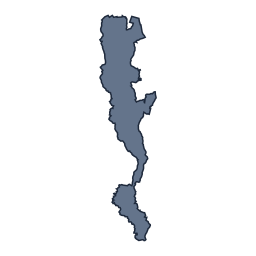 Pianu, Alba, Romania (orthographic projection)
{"feature_id": "2599482B69882929473118", "entity_name": "Pianu", "entity_type": "district", "adm_level": 2, "iso_a3": "ROU", "parent_name": "Romania", "parent_adm1": "Alba", "projection": "orthographic", "projection_center": [23.499, 45.822], "detail": "fine", "context": "isolated", "style": "filled", "palette": "slate", "viewbox_px": 256, "rotation_deg": 0, "n_neighbors": 0, "source": "geoboundaries", "source_scale": "gbopen_adm2", "svg_char_len": 5903}
<svg xmlns="http://www.w3.org/2000/svg" viewBox="0 0 256 256"><path d="M140.2,69.7L138.3,70.2L137.5,68.4L136.1,68.7L133.6,66.9L131.2,65.8L130.7,64.8L130.4,63.1L130.5,61.7L131.1,60.7L130.7,59.7L131.1,58.6L133.6,55.0L134.1,52.0L134.9,50.5L135.0,47.4L134.3,46.0L134.3,44.5L133.7,43.0L134.3,42.3L135.4,42.0L136.7,42.4L136.1,41.2L137.2,40.3L138.7,40.1L140.2,39.0L142.6,38.4L145.2,37.3L144.2,35.5L143.0,34.2L142.1,32.0L140.9,24.9L140.4,24.9L139.3,21.2L138.9,18.4L131.8,16.4L129.7,22.2L133.3,23.3L132.5,26.0L131.6,26.9L130.8,28.6L128.9,29.0L127.6,29.7L126.5,29.8L126.3,28.6L126.9,27.2L126.5,25.3L126.9,23.7L126.7,23.5L127.0,23.1L126.7,22.2L126.9,19.2L126.3,18.1L126.1,18.4L125.8,18.1L125.7,17.2L125.0,16.7L124.5,16.9L123.1,16.4L122.3,15.7L122.0,17.0L117.1,17.3L117.0,16.6L113.7,17.3L112.3,15.4L109.4,17.3L108.1,15.4L104.9,16.8L101.7,20.0L102.2,20.5L102.2,21.9L101.6,22.9L101.7,25.9L100.7,28.6L100.7,30.0L100.9,30.4L101.1,31.7L101.4,31.8L102.9,34.0L103.1,35.4L102.8,36.3L101.9,37.1L101.5,38.3L99.9,39.7L100.8,41.3L102.1,41.4L101.1,43.4L102.7,46.8L102.5,47.4L103.0,49.2L104.0,51.7L104.2,52.9L104.7,53.9L104.9,58.3L105.4,60.2L105.6,62.3L105.3,63.7L104.8,64.4L102.3,65.0L101.3,66.5L100.4,67.1L100.4,67.5L102.8,70.2L102.8,70.6L101.8,71.3L101.8,71.8L102.4,72.6L102.4,73.9L100.7,75.9L100.1,77.2L100.1,78.0L101.4,80.5L101.4,82.1L102.8,84.8L103.0,86.6L105.9,89.1L106.0,90.1L107.1,91.1L108.0,91.0L108.5,92.2L110.1,92.5L110.6,93.0L110.5,93.7L110.9,94.3L111.2,95.4L111.2,97.3L112.0,98.7L111.0,99.1L110.7,100.8L109.6,101.5L110.2,102.3L110.2,103.0L111.4,104.5L111.7,105.3L113.6,105.9L112.7,107.7L112.8,108.3L112.1,108.1L111.0,108.6L110.0,109.8L110.4,110.7L109.7,112.0L109.9,114.4L109.5,114.9L111.0,115.8L109.6,117.2L109.3,118.1L109.5,118.4L109.0,118.8L108.9,119.2L110.2,120.7L111.9,121.6L112.6,122.9L113.5,123.3L114.9,123.2L114.9,123.8L115.4,124.6L115.0,125.8L115.1,127.8L114.9,128.9L115.9,130.8L117.6,132.9L117.4,133.8L117.7,134.5L117.5,135.2L117.4,136.9L118.0,137.7L117.9,138.9L120.8,141.1L122.5,140.9L123.0,141.2L124.7,143.5L124.8,144.9L125.1,146.0L125.9,147.4L126.5,148.9L128.0,151.1L128.6,151.4L129.2,151.0L129.8,151.1L130.0,151.8L131.8,153.3L131.9,154.2L132.8,155.2L133.5,155.3L134.0,156.1L136.0,157.1L136.6,158.0L137.2,158.5L137.3,159.6L137.9,159.8L137.4,160.3L137.8,161.2L138.2,163.9L137.4,165.7L137.2,168.3L136.6,169.7L133.9,172.2L133.8,174.6L132.9,176.6L132.7,178.2L133.0,179.9L132.3,183.1L132.4,183.8L131.8,185.7L130.1,184.8L129.7,184.3L128.5,184.6L127.5,185.7L123.0,185.1L121.8,184.6L120.3,185.1L119.5,184.8L118.9,185.2L118.9,185.8L119.4,186.9L117.9,187.9L117.5,188.6L116.6,188.9L117.2,189.3L117.4,191.4L116.3,191.8L116.6,192.5L115.9,193.8L114.6,193.3L113.7,193.6L113.8,193.9L115.5,194.7L115.6,195.7L113.5,196.3L113.8,197.5L112.4,198.8L112.8,199.5L113.7,200.0L112.8,200.3L112.7,200.7L113.0,201.3L112.1,202.1L112.6,202.4L113.0,203.5L113.8,203.5L114.4,202.9L114.8,204.1L115.2,204.6L115.8,204.8L115.8,205.5L117.6,205.7L118.2,206.1L118.8,207.5L120.1,207.6L120.7,209.1L120.2,210.4L119.1,211.7L119.1,212.3L120.1,213.2L119.9,214.1L120.1,214.5L121.7,215.3L124.6,215.7L125.1,216.7L127.2,216.7L127.6,217.1L127.5,218.1L128.4,218.8L128.8,219.6L128.5,220.8L129.0,222.0L130.8,221.8L131.7,222.7L131.7,223.7L132.2,224.3L133.4,224.1L134.4,225.4L134.6,226.2L134.3,227.6L135.1,228.8L134.6,229.8L134.8,230.6L134.4,231.7L134.0,232.0L133.9,232.9L134.4,232.8L135.6,233.6L136.8,233.2L137.0,233.3L137.2,234.6L137.0,234.9L135.9,234.9L135.2,235.6L135.0,237.2L135.6,237.9L135.5,238.3L136.8,239.3L137.7,239.6L138.4,240.4L139.5,240.4L142.3,239.7L143.4,239.9L144.1,240.6L144.9,240.5L145.9,239.6L144.9,236.9L145.1,235.3L145.6,234.4L145.8,233.6L146.5,232.9L147.9,229.4L147.9,228.9L149.6,227.2L149.7,226.5L150.3,225.7L150.2,224.6L149.0,223.7L148.3,222.5L148.2,221.7L146.0,220.3L146.8,217.3L145.2,217.4L144.5,217.0L145.6,215.4L144.6,212.7L143.8,212.7L140.2,211.3L139.9,210.8L140.0,210.4L139.4,210.5L138.4,209.8L137.2,208.5L137.8,207.3L137.1,204.2L136.4,203.4L134.7,203.4L135.1,202.9L135.1,202.1L136.1,201.4L135.2,200.3L135.1,199.4L135.5,198.1L134.3,196.5L134.4,196.0L134.8,195.7L134.8,194.7L135.6,194.1L135.4,192.2L135.8,191.6L135.1,190.8L134.7,189.3L134.2,188.8L133.9,186.5L135.1,185.2L135.6,184.0L135.0,183.5L135.1,183.2L136.2,181.9L136.7,181.7L138.9,182.2L139.7,181.8L139.8,180.9L140.3,180.1L140.1,179.2L141.5,176.7L142.2,174.3L142.3,173.7L142.0,173.0L143.3,169.6L143.6,168.1L143.5,165.3L143.7,164.4L144.6,163.3L145.0,163.3L145.7,162.5L146.7,159.9L147.5,159.1L147.7,158.5L147.2,156.8L145.4,155.3L145.2,154.5L145.7,153.7L146.0,152.4L145.9,151.7L144.1,148.7L143.3,145.2L143.3,144.4L142.5,143.5L142.9,142.0L142.9,140.4L142.5,139.0L142.7,137.5L142.3,136.6L141.8,136.1L141.4,134.2L140.2,132.3L140.1,131.7L138.9,130.9L138.7,129.8L138.4,129.2L138.4,126.3L138.2,125.9L139.3,122.4L140.6,120.0L140.9,119.1L141.3,118.4L142.7,117.5L142.7,116.9L143.4,116.1L143.5,113.7L143.9,112.2L146.3,113.9L147.2,114.1L147.8,113.8L149.2,114.3L150.6,108.8L150.0,108.8L149.7,108.3L150.1,107.6L149.9,107.2L150.2,107.0L150.2,106.7L151.0,106.6L151.2,105.7L152.5,105.2L152.6,104.0L153.2,102.8L154.7,100.4L155.0,99.4L155.9,98.3L156.1,97.6L155.4,94.6L155.2,91.8L154.6,91.8L153.4,92.4L152.9,93.4L152.2,93.8L151.1,93.5L149.5,94.3L146.8,94.2L146.0,94.6L145.6,95.9L146.1,96.9L145.2,98.2L144.6,102.7L144.4,102.6L144.1,101.6L144.7,99.5L142.9,99.7L142.1,100.3L140.0,100.4L138.0,101.4L137.2,101.3L136.5,102.0L136.1,101.7L135.1,99.7L136.1,99.0L136.2,98.1L135.2,96.2L135.2,93.2L134.4,91.5L134.3,90.2L133.3,88.8L132.2,88.0L131.5,86.5L131.1,86.2L131.5,86.1L131.8,85.4L130.7,82.9L131.2,82.3L132.4,81.9L135.8,82.6L136.8,82.0L137.1,81.4L138.5,80.3L140.2,80.4L141.0,80.1L140.7,79.5L140.8,79.1L139.3,79.6L139.4,79.4L139.3,78.9L139.7,78.6L140.7,78.8L140.5,78.3L139.4,78.5L139.1,79.3L139.1,78.7L138.9,78.8L138.7,79.5L139.0,79.8L138.8,80.1L138.4,78.9L138.7,77.4L139.4,76.5L139.4,75.8L139.0,74.5L139.5,71.9L138.6,70.7L140.3,70.1L140.2,69.7Z" fill="#64748b" stroke="#1e293b" stroke-width="1.5"/></svg>